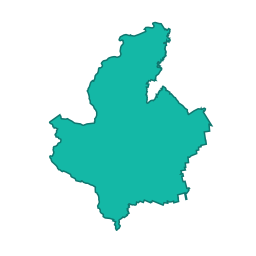 Tepetzintla, Veracruz, Mexico (Albers equal-area conic projection), rotated 258°
{"feature_id": "50627088B67284311995984", "entity_name": "Tepetzintla", "entity_type": "district", "adm_level": 2, "iso_a3": "MEX", "parent_name": "Mexico", "parent_adm1": "Veracruz", "projection": "albers", "projection_center": [-97.847, 21.151], "detail": "fine", "context": "isolated", "style": "filled", "palette": "teal", "viewbox_px": 256, "rotation_deg": 258, "n_neighbors": 0, "source": "geoboundaries", "source_scale": "gbopen_adm2", "svg_char_len": 5867}
<svg xmlns="http://www.w3.org/2000/svg" viewBox="0 0 256 256"><g transform="rotate(258 128 128)"><path d="M155.1,64.1L150.2,52.8L149.6,52.5L148.6,53.0L147.5,54.6L146.6,55.0L144.8,54.9L144.0,55.8L143.3,55.8L143.3,57.1L141.7,59.0L140.1,57.5L138.5,57.3L136.9,55.4L136.3,55.3L135.9,55.9L134.3,55.7L133.3,58.0L132.2,58.0L131.0,59.9L129.9,59.9L128.1,59.0L127.8,58.1L127.7,56.8L127.1,56.1L125.9,55.3L125.7,54.4L125.1,53.5L125.2,51.7L124.8,51.3L124.0,50.8L123.2,50.9L122.6,50.3L121.1,50.2L120.1,50.5L118.9,50.1L116.3,48.2L116.2,47.7L116.8,46.6L116.8,46.0L116.3,45.6L115.0,45.6L113.7,46.4L112.8,46.2L110.8,46.7L106.3,49.9L104.7,50.7L103.4,50.8L101.5,51.7L101.3,52.7L99.5,54.1L99.0,54.8L99.4,55.8L97.9,58.1L94.7,62.0L93.6,62.3L92.8,62.2L92.0,62.5L89.6,65.7L87.3,66.2L85.2,70.6L85.2,71.0L86.0,71.4L85.9,71.9L84.1,73.3L82.8,75.3L82.2,77.4L80.3,79.5L79.2,81.6L76.9,83.8L75.3,83.3L72.1,82.8L71.7,83.1L70.9,84.1L69.1,84.5L68.6,84.9L67.9,85.0L65.8,85.0L64.1,84.6L61.6,84.6L60.5,84.1L58.0,82.1L55.8,82.1L55.6,82.8L55.2,83.3L53.6,83.8L52.0,83.4L50.5,84.0L48.6,85.9L46.5,85.3L44.8,87.0L43.3,91.5L41.4,94.9L40.4,93.9L38.9,96.4L36.2,94.7L34.9,95.6L32.3,95.0L30.5,95.5L30.4,95.8L31.1,96.6L31.8,98.4L33.8,100.0L34.4,99.9L35.4,99.1L36.1,99.1L37.6,99.9L39.4,100.0L40.0,100.3L40.9,102.9L42.0,104.5L41.2,105.7L42.7,109.1L43.3,108.8L44.5,111.3L46.2,110.5L46.4,110.9L47.5,110.3L47.9,111.0L49.0,110.3L50.4,112.9L51.5,112.3L51.9,113.1L53.1,112.5L53.6,113.4L51.9,116.2L51.8,117.5L51.2,118.6L51.1,119.5L51.4,120.1L53.7,121.0L52.8,122.5L53.9,124.5L52.0,127.5L54.1,129.0L50.2,134.6L50.9,135.1L50.5,135.8L51.8,136.7L45.3,146.3L47.5,147.8L46.2,151.2L48.3,151.2L48.3,151.6L47.3,151.6L46.8,154.7L46.9,157.4L45.3,157.3L45.6,162.2L49.1,162.4L49.1,162.6L52.3,162.7L52.7,169.9L46.1,169.8L46.1,170.7L52.4,170.8L52.0,171.8L52.2,172.1L54.3,174.5L55.3,174.4L56.0,175.6L56.7,175.2L56.8,173.0L64.0,172.7L64.0,170.8L66.0,170.5L69.5,170.6L69.4,172.1L71.9,172.1L72.0,170.1L72.8,171.0L75.2,171.0L75.0,175.4L77.7,175.1L77.5,176.3L81.8,176.7L81.6,180.0L87.0,180.6L86.6,182.2L87.7,184.0L88.7,189.9L91.8,190.2L91.8,192.6L94.5,193.0L94.5,195.6L95.8,195.7L95.9,201.2L99.7,201.5L99.7,201.2L108.3,201.8L108.0,207.2L114.8,208.0L114.4,209.1L113.3,209.5L112.9,210.4L127.8,205.0L129.0,205.7L128.6,206.2L129.1,206.9L130.5,207.7L131.0,207.4L131.5,206.8L131.3,205.3L130.8,204.2L131.0,203.7L131.8,203.6L131.3,203.3L132.2,200.6L131.0,196.1L128.6,190.2L129.1,189.7L130.4,189.9L131.6,189.4L133.5,189.8L135.5,187.8L138.5,186.2L142.0,182.8L143.6,182.5L145.9,181.2L147.7,180.7L148.6,179.5L152.4,177.4L152.7,175.9L154.0,176.4L154.4,176.3L155.2,175.2L156.3,174.4L156.7,173.1L157.1,172.9L157.9,173.3L159.4,173.0L161.6,170.9L161.3,170.4L159.9,170.0L159.8,168.9L159.2,169.5L158.4,169.1L158.6,168.7L158.4,168.1L157.8,167.6L158.1,166.9L157.6,166.6L157.5,166.2L156.5,165.7L156.6,165.4L156.0,165.0L154.6,164.5L154.5,164.3L155.1,162.7L152.5,162.8L153.1,162.0L152.9,161.9L152.8,162.0L152.1,161.7L151.8,161.0L150.4,160.2L150.3,159.7L149.5,158.4L150.1,157.5L150.0,156.0L149.2,154.2L148.5,153.4L148.2,152.2L148.8,151.6L149.5,151.6L151.0,152.3L152.1,152.5L152.2,152.8L152.7,152.7L153.9,153.2L155.3,152.9L155.5,153.2L156.5,153.1L156.8,152.5L159.5,154.3L159.7,153.8L162.0,154.6L164.2,154.5L163.7,156.0L166.5,157.5L167.4,155.2L168.5,156.2L168.3,156.9L170.0,158.1L169.3,159.7L170.5,160.6L168.6,163.7L169.2,164.1L168.9,165.0L169.7,164.5L170.2,165.4L170.9,165.2L173.3,166.4L174.5,169.1L177.3,171.7L178.0,172.9L178.7,173.1L179.7,172.3L179.8,173.1L181.0,172.3L180.8,171.8L181.1,171.5L181.4,171.6L180.9,170.2L181.2,169.5L182.0,169.3L182.7,169.7L182.7,171.4L183.3,170.5L184.5,170.2L184.4,170.7L185.0,170.2L185.6,170.5L186.3,171.1L186.4,171.6L185.7,171.7L184.8,172.3L184.9,172.8L185.5,172.9L185.3,173.5L186.4,174.3L187.4,174.5L186.9,174.8L187.1,175.3L186.7,175.9L187.1,176.1L187.7,177.1L187.6,175.9L188.7,176.3L188.5,176.8L189.0,176.6L189.3,176.8L189.1,177.2L189.7,177.6L189.5,178.1L188.7,178.0L190.5,178.8L190.7,179.2L190.5,179.8L191.2,180.3L192.2,179.8L193.3,180.6L193.7,180.2L194.1,180.4L194.0,180.9L194.8,181.1L197.5,180.4L197.6,180.7L198.3,180.6L198.6,181.1L199.4,181.1L200.5,181.8L201.0,182.2L200.9,182.8L202.6,182.9L202.9,182.7L203.3,180.7L203.7,180.7L204.0,181.3L203.9,183.6L205.2,184.0L204.3,184.2L204.3,185.0L203.8,185.6L204.8,185.5L204.9,185.8L204.3,186.3L204.5,187.1L205.3,187.5L206.7,187.0L207.1,187.3L207.3,186.3L209.6,185.1L210.3,185.5L210.6,186.3L209.9,186.6L210.3,187.0L211.4,186.3L211.8,186.5L212.3,187.4L211.9,188.0L213.9,189.1L214.7,189.1L215.7,189.6L216.8,188.4L215.5,186.8L215.7,186.2L217.0,185.5L216.5,184.6L223.1,182.1L223.7,180.1L225.5,176.7L225.6,175.9L225.4,174.2L225.1,173.9L224.4,173.9L223.1,174.6L222.1,174.6L221.5,174.3L221.1,173.7L220.8,172.6L222.3,168.6L222.6,166.4L221.2,164.5L220.7,165.5L218.7,165.4L217.2,157.9L216.6,153.2L217.8,150.1L218.5,149.9L218.5,149.6L218.0,149.2L218.3,148.2L219.8,145.5L219.8,143.2L218.7,139.4L216.4,137.7L215.8,137.7L215.2,138.1L215.0,138.9L215.3,140.3L214.6,141.3L213.5,141.1L212.1,141.3L211.3,140.7L209.8,138.7L208.5,137.7L204.8,136.3L201.7,136.5L200.4,135.6L199.8,134.9L199.6,134.0L199.4,132.0L200.4,130.3L200.7,129.0L200.8,127.0L200.6,124.8L200.3,123.4L198.8,121.3L198.8,118.4L198.5,117.4L197.4,115.9L196.7,115.4L194.8,116.0L193.7,115.7L192.9,114.8L192.5,113.4L192.8,112.9L192.7,112.0L191.9,111.5L189.7,110.8L187.7,109.5L187.2,108.2L185.8,106.7L182.8,105.6L181.6,104.4L181.0,104.2L181.0,103.7L181.7,103.3L181.0,101.8L180.0,100.8L176.2,98.7L174.9,97.3L173.4,96.8L173.0,96.0L172.5,95.9L171.3,96.3L168.4,96.6L166.2,96.6L164.8,96.1L162.5,96.7L160.0,96.2L156.9,98.7L154.4,99.1L153.6,99.3L153.1,99.9L150.1,100.7L146.8,100.0L144.9,98.7L143.9,97.4L142.0,97.2L141.3,96.6L140.7,96.8L139.8,96.0L140.5,88.7L139.9,84.9L140.1,84.3L141.9,82.3L143.9,76.8L146.3,74.6L148.4,72.0L149.7,70.8L149.6,69.0L150.9,64.8L151.4,64.6L153.6,64.7L154.2,64.2L155.1,64.1Z" fill="#14b8a6" stroke="#0f766e" stroke-width="1.5"/></g></svg>